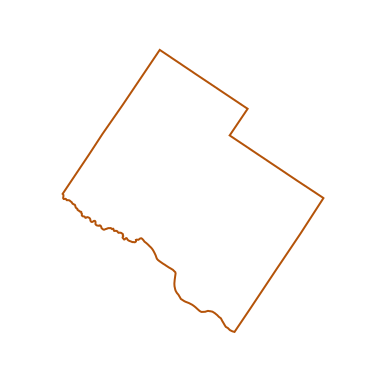 the district of Picún Leufú, Neuquén, Argentina, rotated 78°
{"feature_id": "61730980B82324044769491", "entity_name": "Picún Leufú", "entity_type": "district", "adm_level": 2, "iso_a3": "ARG", "parent_name": "Argentina", "parent_adm1": "Neuquén", "projection": "mercator", "projection_center": [-69.301, -39.408], "detail": "fine", "context": "isolated", "style": "outline", "palette": "amber", "viewbox_px": 384, "rotation_deg": 78, "n_neighbors": 0, "source": "geoboundaries", "source_scale": "gbopen_adm2", "svg_char_len": 4573}
<svg xmlns="http://www.w3.org/2000/svg" viewBox="0 0 384 384"><g transform="rotate(78 192 192)"><path d="M92.4,241.7L116.5,267.4L134.0,285.0L166.7,318.7L166.9,318.9L167.0,318.8L167.3,318.7L167.7,318.5L168.3,318.4L169.2,318.6L169.9,318.8L170.8,319.2L171.4,319.3L171.8,319.1L172.2,318.9L172.3,318.6L172.3,318.1L172.3,317.5L172.4,317.1L172.5,317.0L172.6,316.9L172.8,316.7L173.0,316.6L173.3,316.5L173.8,316.3L174.0,316.1L174.0,315.6L174.2,315.3L174.2,315.2L174.3,314.6L174.5,314.2L174.7,313.7L175.2,313.2L175.7,312.9L175.8,312.9L176.4,312.3L177.0,311.8L177.6,311.6L178.0,311.5L178.4,311.3L178.7,311.2L178.9,310.8L179.4,310.3L179.7,310.0L179.7,309.9L179.9,309.6L180.1,309.3L180.4,309.2L180.6,309.2L180.8,309.1L181.5,309.1L181.8,309.0L182.2,309.0L182.4,309.0L182.8,309.0L183.2,308.8L183.6,308.6L184.0,308.2L184.5,307.7L184.8,307.7L185.0,307.7L185.5,307.7L185.9,307.4L186.2,307.2L186.4,307.0L186.5,306.7L186.9,306.4L187.0,306.4L187.4,306.0L187.7,305.9L187.9,305.6L188.0,305.1L188.2,304.8L188.3,304.7L188.5,304.5L189.2,304.6L189.7,304.6L190.0,304.3L190.3,304.2L191.1,304.4L191.6,304.6L191.8,304.6L192.2,304.6L192.4,304.4L192.8,304.0L193.2,303.7L193.3,303.2L193.5,302.7L193.7,302.3L193.8,302.2L194.1,302.0L194.3,301.9L194.7,301.8L195.0,301.7L195.2,301.3L195.1,300.9L195.0,300.5L194.9,300.1L194.8,299.8L195.0,299.2L195.3,298.7L195.6,298.3L196.1,297.7L196.3,297.6L196.5,297.5L196.7,297.4L197.3,297.2L198.2,297.2L198.6,297.3L199.0,297.3L199.5,297.1L200.0,296.9L200.4,296.4L200.5,296.1L200.5,295.4L200.3,295.0L200.1,294.5L199.9,294.0L199.9,293.6L200.0,293.1L200.2,292.9L200.5,292.7L200.9,292.6L201.7,292.7L202.1,292.8L202.6,292.9L203.3,293.1L203.5,293.0L204.2,292.7L204.6,292.4L204.9,292.0L205.0,291.9L205.1,291.6L205.2,291.3L205.5,290.7L205.6,290.3L205.7,289.8L205.5,289.7L205.4,289.5L205.5,289.1L205.7,288.7L206.0,288.5L206.1,288.4L206.5,288.2L207.7,288.0L208.5,288.0L209.6,287.2L210.0,286.8L210.3,286.5L210.5,286.1L210.6,285.7L210.5,285.0L210.3,284.4L210.3,283.6L210.2,282.7L210.0,282.4L210.0,281.7L210.0,280.9L210.2,280.2L210.3,279.7L210.3,279.4L210.4,279.0L210.6,278.7L211.2,278.4L211.6,278.0L211.6,277.6L211.5,277.2L211.5,276.8L211.8,276.6L212.3,276.5L212.8,276.5L213.2,276.4L213.6,276.4L213.9,276.2L214.0,275.9L214.1,275.4L214.1,275.0L214.1,274.8L214.1,274.6L214.2,274.3L214.4,274.0L214.6,273.6L214.9,273.2L215.1,273.1L215.4,273.1L215.7,272.9L216.0,272.8L216.5,272.5L216.7,272.2L216.7,271.9L216.7,271.4L216.9,270.6L217.1,270.1L217.4,269.8L217.5,269.5L217.7,269.4L218.2,269.0L218.5,268.6L218.9,268.4L219.4,268.4L219.7,268.5L219.9,268.6L220.1,268.7L220.3,268.7L220.5,268.5L220.7,268.4L221.0,268.5L221.4,269.0L221.9,269.3L222.2,269.4L222.5,269.3L222.8,269.1L223.4,268.8L224.1,268.4L224.3,268.3L224.4,267.9L224.2,267.4L223.7,266.8L223.4,266.0L223.4,265.9L223.7,265.6L223.9,265.3L224.7,265.1L225.1,265.0L225.7,264.6L226.1,264.3L227.0,263.2L227.3,262.6L227.9,261.7L228.4,261.0L228.6,260.8L228.7,260.0L228.9,259.6L229.0,259.1L229.3,258.4L229.0,257.5L228.7,257.1L228.2,256.9L227.7,256.8L227.2,256.8L227.1,255.9L227.4,255.1L227.6,254.4L227.3,253.6L226.8,252.7L226.7,252.1L226.7,251.3L227.0,250.9L227.4,250.5L228.9,249.6L230.7,248.8L232.2,247.5L233.8,246.3L235.3,245.3L236.0,244.9L237.4,243.9L238.4,243.3L239.6,242.7L241.1,242.1L243.9,241.3L245.2,241.0L246.5,240.7L248.2,240.5L249.1,240.4L249.3,240.3L250.0,240.2L251.5,239.4L251.9,239.0L252.8,238.3L253.3,237.8L253.9,237.3L254.4,236.8L254.8,236.4L255.5,235.8L256.0,235.3L256.2,235.1L256.4,234.9L256.8,234.5L257.4,233.8L258.2,233.1L260.0,231.3L260.8,230.5L261.2,230.1L261.8,229.4L262.5,228.6L263.1,228.0L264.1,226.9L264.9,226.4L267.0,225.0L268.0,225.0L268.3,225.0L270.7,225.9L274.6,227.3L276.0,227.7L276.9,228.0L278.0,228.3L279.2,228.5L279.9,228.6L280.5,228.7L281.4,228.7L281.9,228.7L282.8,228.7L283.6,228.7L284.4,228.6L285.0,228.6L286.2,228.2L287.0,228.0L287.5,227.8L288.3,227.4L289.5,226.7L291.3,226.1L292.7,225.6L294.2,225.2L296.7,222.7L297.1,222.3L297.9,221.3L298.3,220.7L300.0,218.1L301.4,216.4L302.3,215.3L303.8,213.9L305.5,212.5L307.9,210.8L309.9,209.3L310.9,208.2L311.3,207.6L311.9,204.0L311.8,203.4L311.7,202.2L311.6,201.1L312.4,199.1L312.4,198.9L312.5,198.7L313.3,196.9L315.3,194.8L316.0,194.3L316.1,194.2L317.7,192.9L318.7,192.3L319.5,191.8L319.8,191.6L321.6,190.0L325.2,189.0L325.3,188.9L329.0,187.7L330.9,187.0L332.0,185.8L332.1,185.7L332.4,185.3L334.4,184.0L335.1,183.5L335.5,182.9L335.9,182.5L336.7,181.4L337.7,179.5L337.6,179.4L318.2,159.3L284.2,124.5L279.4,119.5L255.1,94.4L225.3,64.7L224.9,65.0L203.4,86.2L144.5,143.4L122.2,120.3L77.6,163.7L46.3,194.0L92.4,241.7Z" fill="none" stroke="#b45309" stroke-width="2"/></g></svg>